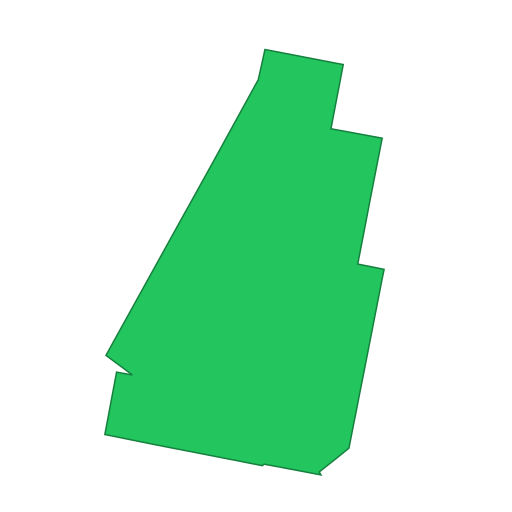 Presidencia de la Plaza, Chaco, Argentina, rotated 11°
{"feature_id": "61730980B93024153750101", "entity_name": "Presidencia de la Plaza", "entity_type": "district", "adm_level": 2, "iso_a3": "ARG", "parent_name": "Argentina", "parent_adm1": "Chaco", "projection": "equal_earth", "projection_center": [-59.746, -27.001], "detail": "fine", "context": "isolated", "style": "filled", "palette": "green", "viewbox_px": 512, "rotation_deg": 11, "n_neighbors": 0, "source": "geoboundaries", "source_scale": "gbopen_adm2", "svg_char_len": 782}
<svg xmlns="http://www.w3.org/2000/svg" viewBox="0 0 512 512"><g transform="rotate(11 256 256)"><path d="M361.5,458.5L359.3,455.9L373.4,439.4L383.9,426.9L383.9,401.5L384.0,394.2L384.0,373.4L384.1,343.1L384.2,265.6L384.2,255.3L384.3,244.7L378.5,244.6L357.5,244.5L357.4,240.3L357.4,210.8L357.3,180.0L357.3,179.8L357.3,179.7L357.4,116.3L305.3,116.8L305.2,84.4L305.2,83.7L305.2,83.4L305.2,81.1L305.2,70.6L305.1,51.4L304.2,51.4L298.3,51.5L225.7,51.6L225.4,51.6L224.6,82.5L222.4,89.3L197.8,166.0L195.9,172.0L180.2,220.3L178.2,226.3L132.3,367.8L127.7,382.2L140.1,388.1L152.6,394.1L157.3,396.4L141.3,396.6L141.5,428.6L141.7,460.1L168.4,460.3L195.0,460.5L213.1,460.5L248.9,460.5L302.3,460.6L303.5,458.8L335.0,458.6L361.5,458.5Z" fill="#22c55e" stroke="#15803d" stroke-width="1.5"/></g></svg>